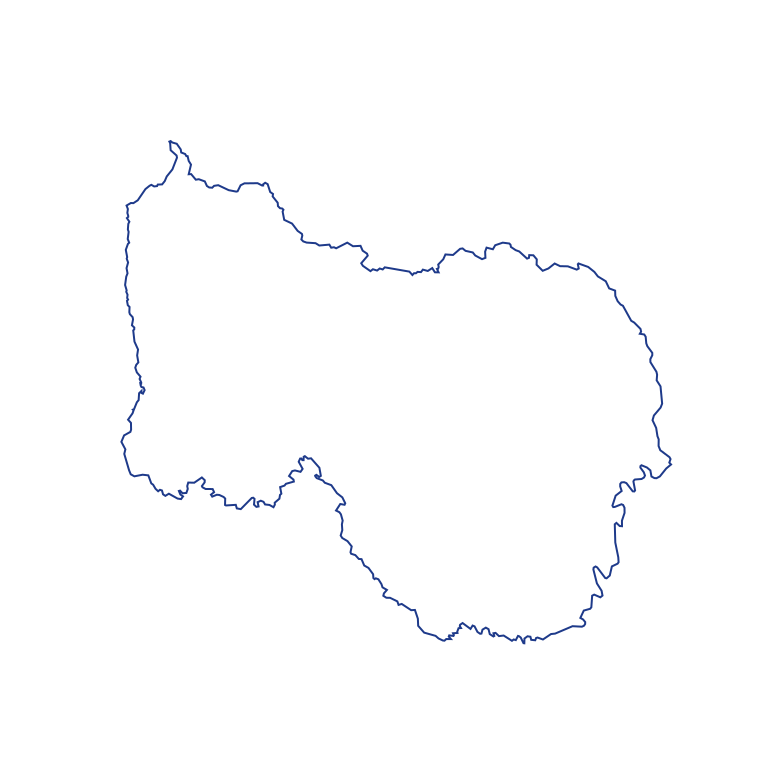 Tayateyaneng, Berea, Lesotho, rotated 167°
{"feature_id": "5366337B60059477935755", "entity_name": "Tayateyaneng", "entity_type": "district", "adm_level": 2, "iso_a3": "LSO", "parent_name": "Lesotho", "parent_adm1": "Berea", "projection": "mercator", "projection_center": [27.766, -29.144], "detail": "fine", "context": "isolated", "style": "outline", "palette": "blue", "viewbox_px": 768, "rotation_deg": 167, "n_neighbors": 0, "source": "geoboundaries", "source_scale": "gbopen_adm2", "svg_char_len": 6164}
<svg xmlns="http://www.w3.org/2000/svg" viewBox="0 0 768 768"><g transform="rotate(167 384 384)"><path d="M634.4,415.5L633.9,414.7L635.6,412.0L641.4,406.8L639.3,403.0L640.7,396.4L641.9,394.4L648.8,392.4L652.9,386.7L650.7,378.5L652.8,374.3L651.8,357.3L651.1,353.0L648.0,350.2L639.6,349.9L634.2,348.0L633.1,339.5L631.6,337.8L630.2,333.3L628.2,330.3L626.1,331.3L624.3,330.2L624.1,326.2L622.2,324.2L618.3,325.5L610.9,318.8L607.6,317.5L605.1,319.7L607.3,322.2L607.9,325.9L606.7,326.0L604.9,322.9L601.1,322.3L598.8,325.9L598.7,328.8L596.9,332.0L591.1,330.5L582.5,333.9L580.3,330.6L580.9,328.5L584.4,325.5L584.1,324.2L581.4,321.8L574.6,320.2L573.9,316.8L577.5,315.1L576.7,312.9L571.8,313.7L569.4,312.9L565.7,310.0L564.5,308.1L566.1,301.9L565.3,301.2L555.6,299.6L555.4,295.9L551.7,294.3L538.5,302.7L537.0,302.6L536.0,301.2L537.8,295.7L536.0,293.0L533.8,292.9L533.7,297.3L530.3,298.0L527.9,296.3L527.0,293.4L522.8,291.9L519.4,288.8L517.5,291.0L517.2,292.9L511.7,295.8L510.3,299.3L508.7,300.2L508.4,306.9L503.8,307.4L502.0,308.8L493.8,309.2L493.7,311.2L497.2,315.7L493.0,319.8L490.2,319.8L485.1,317.2L482.4,319.6L484.6,327.4L482.5,330.2L481.3,330.0L480.7,328.2L479.5,327.9L478.6,331.2L477.4,331.5L474.8,328.3L471.8,328.0L465.8,316.9L466.2,308.7L468.0,308.0L470.3,310.7L471.7,310.2L471.7,309.4L470.7,307.4L465.3,303.8L463.9,301.1L458.1,297.3L454.4,288.2L450.1,282.9L448.6,276.5L449.6,275.2L453.6,276.9L459.2,271.5L456.3,269.1L455.3,266.7L455.0,260.2L456.6,256.7L457.5,251.0L460.3,246.1L459.3,243.3L454.9,239.1L452.0,233.0L454.5,227.6L454.2,226.0L450.4,223.7L447.9,219.2L445.3,218.4L444.1,211.6L440.5,208.3L437.4,201.1L438.0,197.3L437.1,196.0L435.7,196.5L433.4,195.0L431.5,189.6L431.2,186.2L427.5,182.7L431.2,180.0L432.3,177.8L429.8,175.2L426.2,174.3L419.9,169.2L419.5,165.5L416.2,165.7L408.4,157.5L404.7,156.9L403.8,147.7L405.1,140.7L400.8,132.7L390.4,127.0L388.1,123.8L384.3,120.8L382.8,120.3L380.7,121.5L376.2,120.4L377.7,123.4L377.0,124.4L373.0,122.9L372.4,123.6L372.8,125.6L368.4,124.9L368.4,126.1L366.3,129.3L363.9,128.9L364.6,131.1L364.0,132.3L361.2,133.4L354.8,125.9L352.0,128.7L350.3,127.5L348.7,121.4L346.5,119.0L345.2,118.9L343.3,122.5L339.6,123.7L337.3,121.6L337.2,116.5L334.2,113.4L333.2,113.7L333.4,116.5L331.3,116.4L328.7,112.5L324.0,112.0L317.1,105.0L315.1,105.9L313.2,104.8L310.1,108.4L309.2,107.9L307.8,106.2L306.4,100.1L305.6,99.8L304.4,104.4L300.9,105.9L298.2,104.8L298.1,101.6L294.3,100.3L292.9,102.3L291.4,102.4L286.6,99.3L277.5,102.8L273.4,102.3L254.8,105.6L245.7,103.0L243.5,103.5L242.0,104.9L241.5,106.8L243.0,109.8L245.3,111.9L240.3,118.3L233.7,118.6L232.2,119.8L228.8,130.9L226.6,131.5L221.2,127.5L218.7,128.7L218.5,133.6L221.4,141.8L221.7,156.2L221.0,157.9L218.9,158.6L217.5,157.3L212.1,145.2L210.8,144.6L207.1,146.6L203.0,155.0L196.8,156.4L195.5,157.6L194.7,162.5L194.3,177.5L190.7,195.4L188.8,196.4L186.3,192.6L184.1,191.9L182.9,197.3L178.6,204.3L177.5,209.3L178.2,212.3L179.7,213.4L186.8,212.3L188.3,212.5L188.8,214.1L183.4,223.1L176.5,226.3L176.9,231.1L176.3,233.5L174.8,234.7L172.1,234.3L170.1,232.9L165.8,223.5L164.3,223.0L163.3,223.8L162.9,232.9L162.3,233.8L161.0,234.5L154.4,233.5L151.7,234.4L150.3,236.1L150.7,239.5L153.0,244.9L152.6,246.3L151.4,246.9L146.6,243.5L143.9,239.9L144.2,233.7L141.7,231.5L139.7,230.9L136.0,231.9L128.0,238.2L122.4,241.0L123.7,243.2L121.7,246.4L122.3,248.5L129.7,257.3L130.4,261.8L128.8,268.3L129.3,271.6L128.7,280.0L130.5,288.3L128.1,292.6L119.8,298.8L117.4,302.3L115.1,319.5L117.5,326.2L115.8,331.6L115.8,334.6L119.5,345.4L118.9,348.3L116.1,351.7L115.6,354.0L118.9,361.6L119.3,364.6L118.4,371.2L119.3,373.7L123.4,375.4L121.7,377.2L121.7,380.0L126.4,387.6L128.9,390.0L133.6,406.5L135.6,408.2L137.7,412.1L138.8,417.8L137.8,423.0L143.1,426.5L144.8,434.2L151.4,440.7L153.8,445.9L158.7,452.1L167.4,457.7L168.2,457.1L168.3,452.7L170.5,452.1L178.4,457.3L185.9,459.2L190.6,463.0L197.8,459.6L203.9,458.6L208.5,465.9L207.1,471.1L209.5,475.8L213.5,476.9L214.4,474.3L216.4,474.0L222.4,482.7L225.6,484.8L229.5,489.0L229.4,491.2L230.3,492.7L236.5,495.0L244.4,494.2L247.6,490.8L253.4,493.8L255.7,490.2L256.8,484.1L260.4,483.6L266.2,488.7L267.9,492.2L274.6,495.4L276.9,498.4L279.4,498.6L287.7,494.2L295.0,496.4L298.2,492.2L304.3,488.2L304.4,485.7L305.3,484.2L306.5,484.2L305.7,480.5L309.3,481.4L310.9,486.1L315.9,484.3L320.4,486.7L322.8,484.7L326.1,485.7L328.0,484.7L329.8,485.2L331.8,483.8L334.0,487.8L357.0,497.5L359.5,495.9L362.2,497.5L365.2,496.1L369.0,498.3L371.8,497.0L378.0,503.9L379.0,506.8L371.0,512.7L371.2,514.8L374.8,518.7L375.8,523.9L383.2,525.2L388.0,530.0L400.1,527.0L402.0,528.5L404.8,528.7L405.9,532.1L415.9,533.5L419.0,536.6L427.6,539.2L430.6,541.1L432.0,543.4L430.2,547.0L430.2,548.7L433.7,552.6L437.5,561.0L444.3,566.4L444.0,574.8L442.8,576.4L443.6,577.8L445.8,578.7L447.3,581.2L446.8,584.5L450.3,591.8L449.4,594.1L451.7,596.7L452.4,604.9L454.5,606.8L456.9,605.7L457.1,604.6L458.1,604.8L462.0,608.1L474.9,610.9L479.0,609.9L483.3,604.7L484.7,604.7L491.7,607.8L500.8,615.0L505.0,615.3L507.2,613.9L510.1,614.8L512.0,616.8L513.0,621.7L518.4,625.2L521.4,625.4L524.7,631.9L527.1,632.3L522.7,641.2L524.1,645.3L524.1,650.2L525.3,650.5L526.0,652.8L529.5,655.2L529.3,658.3L531.9,664.7L535.9,666.9L537.3,668.7L538.6,668.5L538.2,666.7L539.3,659.8L534.7,653.3L534.8,651.1L541.9,640.7L549.0,635.1L552.0,631.0L555.3,628.4L559.6,629.2L560.6,627.9L563.5,628.2L565.9,630.4L567.8,629.9L572.6,627.6L582.6,618.4L587.5,616.6L589.9,617.3L594.7,615.8L594.2,612.1L595.6,608.4L595.4,605.5L595.6,604.4L597.2,603.5L595.6,599.4L597.1,597.6L598.8,592.2L598.6,589.7L601.1,582.9L600.5,579.0L602.0,578.1L605.4,572.8L605.7,565.4L606.5,564.0L606.0,560.0L608.8,554.8L609.0,549.5L611.0,546.6L614.0,538.7L613.7,533.1L614.4,531.8L613.8,528.7L614.9,525.6L614.4,523.8L615.7,522.9L615.9,518.4L614.6,516.3L616.0,511.2L615.9,509.2L613.9,505.7L614.0,503.4L616.4,497.9L614.6,495.2L615.1,493.4L616.3,492.6L617.6,481.4L615.9,472.9L618.1,467.4L618.5,460.3L621.1,458.4L622.7,455.8L622.2,450.9L619.6,445.9L621.0,443.9L620.2,440.1L620.5,439.1L621.3,439.5L621.4,437.1L621.0,435.6L619.1,434.7L618.6,431.9L621.1,428.8L622.4,429.9L621.9,431.8L624.7,430.1L626.7,423.5L628.9,421.8L633.2,415.7L634.4,415.5Z" fill="none" stroke="#1e3a8a" stroke-width="2"/></g></svg>